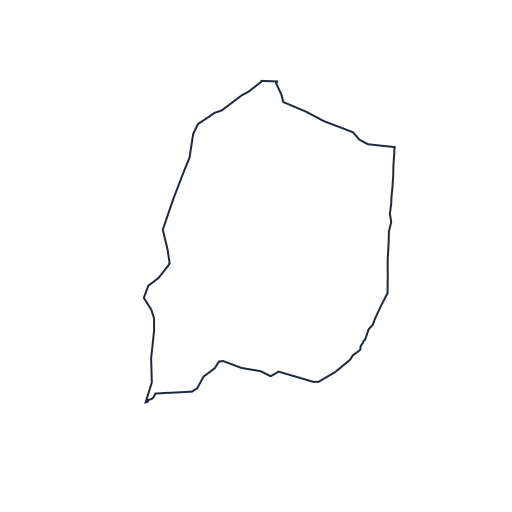 the district of Kadugli, South Kordufan, Sudan, rotated 233°
{"feature_id": "16777658B74518908482161", "entity_name": "Kadugli", "entity_type": "district", "adm_level": 2, "iso_a3": "SDN", "parent_name": "Sudan", "parent_adm1": "South Kordufan", "projection": "albers", "projection_center": [29.536, 11.093], "detail": "fine", "context": "isolated", "style": "outline", "palette": "slate", "viewbox_px": 512, "rotation_deg": 233, "n_neighbors": 0, "source": "geoboundaries", "source_scale": "gbopen_adm2", "svg_char_len": 2198}
<svg xmlns="http://www.w3.org/2000/svg" viewBox="0 0 512 512"><g transform="rotate(233 256 256)"><path d="M382.8,377.8L392.5,365.8L391.8,365.1L391.8,364.8L392.0,364.5L391.7,349.3L392.9,341.3L392.9,341.2L392.9,316.8L393.2,315.8L393.2,315.5L393.2,315.2L395.2,309.3L395.3,307.9L395.3,307.0L396.3,289.0L391.3,279.3L380.6,268.3L374.5,262.1L374.1,261.4L366.7,248.9L351.0,223.8L333.4,197.8L333.1,197.4L314.7,189.4L302.2,182.7L301.9,181.5L301.5,181.3L297.1,164.8L297.1,152.7L297.1,152.1L290.4,141.7L290.2,141.7L289.9,141.2L276.3,140.1L267.8,137.2L257.7,129.7L238.4,111.6L238.0,111.1L218.0,96.9L217.7,96.7L211.1,87.5L206.2,80.7L205.5,79.7L205.4,79.9L204.8,81.7L205.0,82.0L205.1,82.3L205.6,83.4L205.9,82.7L206.0,82.2L206.2,82.4L205.7,83.7L204.5,87.1L204.8,88.7L205.1,89.6L206.7,92.9L206.3,93.5L205.5,94.6L201.2,101.1L198.5,105.0L198.4,105.1L188.4,120.0L186.2,123.3L186.0,126.1L185.7,129.4L186.1,130.3L191.3,141.6L191.2,146.0L191.2,155.1L191.2,155.5L194.0,162.9L192.0,166.4L175.4,177.0L171.3,180.8L161.2,190.4L151.2,195.3L150.6,199.7L150.0,204.5L148.8,205.4L133.2,217.0L129.2,220.0L120.9,226.1L117.9,230.1L116.3,243.8L116.1,245.2L115.7,249.4L115.9,255.2L116.6,269.1L118.4,273.5L118.3,282.3L118.4,282.9L118.7,283.2L121.2,285.5L121.4,286.2L121.9,288.1L122.0,288.6L122.2,289.0L122.3,289.2L122.4,289.4L123.2,290.6L123.3,291.1L123.7,293.0L124.0,293.4L126.2,296.8L129.4,301.4L129.6,301.8L129.8,302.3L129.8,302.5L130.8,307.8L131.1,308.2L133.9,312.7L134.2,313.2L135.8,316.1L137.4,319.1L140.9,325.7L141.0,326.0L141.4,326.7L144.0,332.1L144.7,333.5L144.8,333.7L145.4,335.0L145.8,335.8L146.9,338.3L147.0,338.6L148.6,339.8L149.2,340.2L149.4,340.4L150.8,341.5L161.3,349.6L164.0,351.6L173.4,358.6L181.8,365.7L188.6,371.4L191.7,373.8L195.5,376.8L199.7,381.9L201.7,384.4L201.8,384.4L202.2,384.6L204.3,385.8L209.1,388.3L215.8,394.8L216.7,395.7L221.8,399.9L228.5,406.1L238.5,414.7L239.7,415.6L245.6,420.2L255.0,428.4L259.0,431.6L258.9,431.8L259.5,432.3L271.8,419.1L278.1,412.5L285.9,408.9L286.7,408.6L296.4,407.9L298.2,406.8L323.3,391.1L341.0,382.9L362.4,370.5L362.6,370.4L369.9,373.5L381.9,376.0L382.4,376.4L382.6,376.5L382.9,376.8L382.4,377.5L382.6,377.6L382.8,377.8Z" fill="none" stroke="#1e293b" stroke-width="2"/></g></svg>